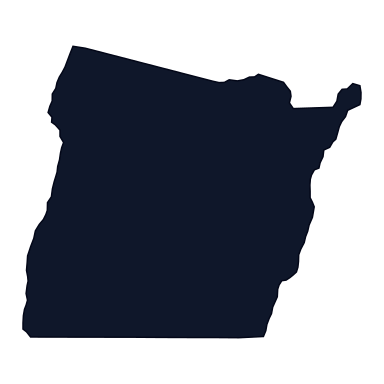 Itapitanga, Bahia, Brazil
{"feature_id": "56859067B28252352486824", "entity_name": "Itapitanga", "entity_type": "district", "adm_level": 2, "iso_a3": "BRA", "parent_name": "Brazil", "parent_adm1": "Bahia", "projection": "natural_earth1", "projection_center": [-39.607, -14.466], "detail": "fine", "context": "isolated", "style": "filled", "palette": "ink", "viewbox_px": 384, "rotation_deg": 0, "n_neighbors": 0, "source": "geoboundaries", "source_scale": "gbopen_adm2", "svg_char_len": 1583}
<svg xmlns="http://www.w3.org/2000/svg" viewBox="0 0 384 384"><path d="M73.0,46.3L70.1,53.6L67.0,61.8L65.0,67.1L62.2,72.4L59.3,77.1L57.0,82.6L55.8,88.4L52.3,94.0L52.2,101.0L49.9,106.2L48.1,112.5L52.0,117.2L51.6,122.2L55.3,124.8L60.0,130.1L60.0,136.4L63.6,142.5L61.7,147.6L60.5,153.0L59.5,159.9L57.7,166.4L57.1,172.1L55.8,176.5L54.2,181.7L52.4,188.9L51.4,196.8L47.5,202.6L47.3,210.4L45.9,214.5L43.4,219.5L39.3,224.4L35.4,230.8L33.8,238.4L30.7,246.5L29.0,251.7L27.6,255.8L27.2,262.2L26.5,270.3L27.7,276.7L28.1,281.1L27.1,285.6L26.1,293.5L27.5,300.2L26.1,305.2L24.5,309.3L23.4,315.6L23.0,322.9L23.0,329.1L26.5,331.8L30.6,337.0L75.4,337.1L133.4,337.2L162.2,337.4L191.6,337.5L212.2,337.5L239.0,337.7L263.4,336.5L265.8,330.7L266.9,324.4L269.2,318.3L271.5,313.6L272.7,307.1L277.3,296.8L277.7,289.2L279.1,284.9L281.8,280.7L286.1,280.1L289.9,277.6L293.0,275.1L296.4,272.0L297.9,267.2L298.5,261.5L298.7,254.8L300.8,249.1L304.2,242.6L305.6,236.6L307.7,231.2L309.1,225.0L312.4,217.4L313.4,211.6L314.2,206.8L312.4,202.3L310.1,197.7L310.1,191.3L309.9,185.1L310.3,179.3L311.5,175.0L314.4,169.8L318.9,168.1L320.1,162.8L323.0,156.7L323.8,150.0L329.7,147.3L332.8,141.9L335.8,139.2L337.7,132.5L339.3,126.6L341.7,121.6L345.5,116.6L347.7,110.3L359.9,104.6L360.9,98.9L361.0,92.5L359.9,85.7L352.8,83.6L347.2,89.0L342.1,89.3L338.2,94.1L336.9,101.2L333.0,107.3L293.3,108.6L289.4,102.9L291.0,96.3L290.3,91.2L286.7,86.7L283.5,82.3L258.4,74.3L254.6,76.9L249.4,77.1L243.9,79.7L237.4,80.9L229.2,79.8L224.4,82.4L219.0,82.6L212.7,81.2L85.2,48.2L73.0,46.3Z" fill="#0f172a" stroke="#020617" stroke-width="1.5"/></svg>